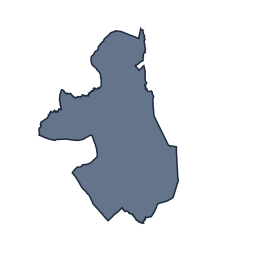 outline of Kilindi, Tanga, United Republic of Tanzania, rotated 137°
{"feature_id": "72390352B98761165374808", "entity_name": "Kilindi", "entity_type": "district", "adm_level": 2, "iso_a3": "TZA", "parent_name": "United Republic of Tanzania", "parent_adm1": "Tanga", "projection": "mercator", "projection_center": [37.598, -5.503], "detail": "fine", "context": "isolated", "style": "filled", "palette": "slate", "viewbox_px": 256, "rotation_deg": 137, "n_neighbors": 0, "source": "geoboundaries", "source_scale": "gbopen_adm2", "svg_char_len": 5795}
<svg xmlns="http://www.w3.org/2000/svg" viewBox="0 0 256 256"><g transform="rotate(137 128 128)"><path d="M50.9,192.0L58.6,186.7L59.1,186.1L61.8,192.0L63.1,194.4L67.0,202.7L67.7,203.9L68.7,204.9L70.8,207.6L72.1,207.8L75.6,209.4L78.3,209.2L84.9,209.3L85.9,208.6L87.2,208.2L87.9,208.4L89.8,208.1L90.1,208.3L90.8,208.4L91.2,208.0L91.9,207.6L92.9,208.0L94.2,207.7L96.2,205.9L98.5,205.9L98.9,206.2L99.6,206.3L100.3,206.3L103.2,205.1L105.8,205.3L106.6,204.9L108.2,203.6L109.5,201.9L110.7,199.7L111.0,198.7L111.2,197.6L110.8,196.5L110.9,195.0L110.7,194.1L110.4,193.4L111.1,192.0L110.9,189.9L111.1,187.7L111.5,186.3L112.0,185.4L113.5,183.7L114.9,181.2L116.3,179.9L118.9,177.0L119.9,176.6L120.9,177.1L121.5,176.9L121.9,176.6L122.0,176.6L122.1,176.9L122.4,177.0L122.4,177.4L122.9,177.9L123.2,177.9L123.7,177.4L124.5,177.6L124.9,178.2L124.9,178.7L125.1,178.8L124.9,179.1L125.0,179.2L125.1,179.9L125.8,179.9L126.1,180.5L126.4,180.6L127.0,179.1L127.7,179.0L127.9,178.9L128.2,179.2L128.8,179.1L128.9,179.8L129.4,180.0L129.7,179.4L130.8,179.9L131.6,179.7L131.7,179.8L132.0,179.6L132.2,180.2L132.4,180.3L132.8,179.9L132.7,179.3L133.0,179.2L133.3,179.6L134.0,179.7L134.4,178.9L134.8,178.5L135.0,178.5L135.1,179.0L135.5,179.0L135.6,179.5L135.9,179.5L136.0,179.8L137.1,180.1L137.3,181.1L137.7,181.0L137.8,181.1L137.8,181.4L138.4,182.9L138.8,183.4L139.6,183.1L140.5,182.5L140.8,182.6L141.2,182.7L141.4,183.3L142.1,183.7L143.0,184.9L143.3,184.9L143.5,184.8L143.9,185.1L144.0,185.5L145.1,185.3L146.0,185.8L145.9,186.0L146.1,186.6L146.1,187.4L146.6,188.3L146.4,188.7L146.6,189.3L146.6,190.4L146.4,192.0L146.5,192.5L147.9,193.4L148.5,194.4L148.8,194.3L149.0,194.5L149.0,195.0L149.9,195.1L150.0,195.6L149.8,196.3L149.9,196.6L149.9,197.9L149.6,198.7L149.8,199.4L149.9,200.7L150.4,201.2L150.7,201.2L151.3,200.9L155.3,198.6L159.1,195.1L159.4,194.6L159.5,194.0L160.2,193.3L160.7,192.2L161.8,191.3L161.8,190.6L162.1,190.1L162.5,189.9L162.6,189.6L162.6,189.1L162.9,189.0L163.0,188.6L163.4,188.1L163.6,187.9L164.1,187.0L164.4,187.0L164.4,187.4L164.5,187.5L164.5,187.8L164.7,188.0L164.7,188.3L165.6,188.9L165.7,188.7L165.8,188.8L165.9,188.6L166.7,188.5L167.4,188.1L168.0,187.4L168.2,187.8L168.2,188.5L169.5,188.5L170.0,188.7L169.8,188.9L169.9,189.3L169.4,189.8L169.9,190.1L169.9,190.6L169.8,191.1L171.0,191.1L171.4,190.6L171.7,190.8L172.4,190.8L172.5,191.1L172.9,191.5L173.1,191.9L173.0,192.4L173.2,192.7L173.3,192.5L173.4,191.9L173.9,191.9L174.0,192.3L174.4,192.0L174.8,192.3L175.1,192.2L175.3,192.3L176.1,191.4L177.0,191.7L176.9,191.3L178.9,190.8L179.8,190.4L180.3,190.3L181.2,190.5L182.2,190.6L183.3,191.0L185.3,191.0L187.2,191.6L187.8,191.6L188.2,190.8L189.1,190.7L189.1,190.3L189.4,189.9L189.7,190.1L189.9,189.9L189.8,189.5L189.9,189.2L190.2,189.0L190.3,188.6L190.7,188.7L191.2,188.4L191.7,188.3L193.3,188.4L194.0,187.6L194.8,187.1L196.3,184.5L197.0,183.9L197.9,183.6L197.4,182.4L197.2,182.2L197.1,181.6L196.2,179.9L195.9,178.8L193.6,174.4L190.9,170.1L189.7,168.6L188.0,168.4L186.4,166.7L184.5,165.4L183.8,164.6L181.4,162.6L178.9,159.8L177.1,157.4L172.8,152.8L170.1,151.3L170.1,151.2L167.6,150.0L165.5,149.7L161.3,148.6L160.0,147.9L159.5,147.6L159.5,147.2L159.9,145.7L160.3,145.2L161.1,142.7L161.3,142.7L162.0,141.2L162.9,138.7L165.2,134.3L168.0,130.2L169.9,128.2L170.3,128.0L178.9,128.0L180.2,128.5L181.4,128.7L185.0,131.0L185.9,131.9L187.4,132.1L188.5,131.7L189.3,131.9L190.8,132.9L191.3,133.8L191.5,134.0L194.2,134.0L197.3,133.7L199.1,133.3L199.5,133.0L199.6,127.7L199.8,127.5L199.9,127.1L200.9,121.8L202.3,116.1L202.5,114.2L202.1,110.5L202.1,109.7L202.5,108.8L202.4,108.0L202.5,107.5L202.2,105.5L203.0,102.9L204.0,100.2L204.3,98.8L205.2,96.8L205.4,92.3L205.3,88.0L205.5,86.1L205.6,81.9L205.9,76.0L205.7,73.7L200.8,73.8L197.0,74.0L191.4,73.5L187.6,73.9L186.8,73.8L186.7,73.1L187.2,72.9L187.1,72.3L187.4,71.6L187.2,71.4L187.3,71.3L187.2,70.8L186.8,70.3L186.7,70.0L187.2,69.5L187.2,69.2L186.5,68.4L185.5,67.8L185.0,67.0L185.1,65.9L185.1,65.1L185.4,64.8L185.2,64.4L184.5,63.9L184.5,63.6L184.1,62.9L184.2,62.7L183.6,62.4L183.4,61.6L183.6,61.3L183.9,61.4L183.9,60.2L184.1,60.2L184.2,59.6L184.1,59.2L184.1,58.9L183.9,58.3L184.0,57.7L184.4,57.0L184.5,56.6L184.3,56.1L184.5,55.7L184.5,55.1L184.8,54.8L184.3,54.5L184.4,54.1L183.8,53.1L184.0,53.0L184.3,52.4L183.9,51.6L183.9,51.2L183.5,51.1L183.1,50.5L183.2,50.3L183.0,49.3L182.9,49.2L182.3,49.2L182.1,48.6L182.1,48.1L181.6,47.8L181.5,48.7L181.2,49.1L180.8,49.2L180.3,49.2L180.1,49.4L179.4,49.3L179.3,49.1L179.0,49.4L178.7,49.2L178.4,49.4L178.2,49.2L177.5,49.4L177.4,49.7L177.1,49.8L176.9,50.7L176.3,50.8L175.8,50.7L175.2,49.5L174.8,49.3L174.4,48.9L173.9,48.9L172.6,48.3L172.3,48.1L172.1,47.6L171.6,47.3L166.7,48.5L161.7,50.5L158.6,52.2L157.3,52.0L149.4,48.0L144.2,46.6L142.1,46.6L126.7,55.5L125.6,57.6L122.3,61.5L108.9,77.5L105.4,81.2L110.0,87.1L110.0,88.6L100.7,119.2L94.1,127.6L92.2,129.7L90.6,131.7L89.6,132.5L87.8,133.5L87.7,133.7L87.2,135.7L86.9,136.4L85.9,137.6L85.7,139.1L85.9,139.4L87.4,140.1L88.6,141.4L88.5,141.7L87.6,143.6L87.6,143.8L88.7,144.1L88.8,144.2L88.8,144.4L88.0,145.2L86.7,146.1L86.7,146.6L87.2,146.9L87.0,147.3L86.7,147.5L86.3,148.2L86.1,148.3L85.9,148.0L85.0,147.7L83.9,148.0L83.4,148.4L83.4,150.2L82.5,152.0L81.1,153.0L78.1,156.4L77.0,157.5L73.9,162.8L75.9,162.9L77.6,162.6L79.2,162.7L80.5,162.6L80.3,163.6L80.3,168.7L79.6,168.7L79.8,168.2L78.8,168.2L77.2,167.9L73.8,167.9L72.7,167.6L72.4,167.4L71.9,167.4L71.0,167.0L69.8,168.4L68.8,169.2L67.9,169.8L67.3,170.7L66.8,171.0L66.0,171.9L65.4,171.7L63.6,171.5L63.2,172.9L62.5,173.1L61.3,173.9L61.0,174.4L60.1,176.2L59.1,177.1L58.9,177.7L57.0,180.5L55.8,181.0L55.2,181.1L54.6,182.2L54.7,182.7L54.6,183.2L54.1,183.3L53.4,183.8L53.0,184.3L52.5,186.5L51.7,187.5L51.5,188.4L50.7,189.0L50.1,189.1L50.2,189.4L50.9,189.8L51.4,190.7L51.0,191.6L50.9,192.0Z" fill="#64748b" stroke="#1e293b" stroke-width="1.5"/></g></svg>